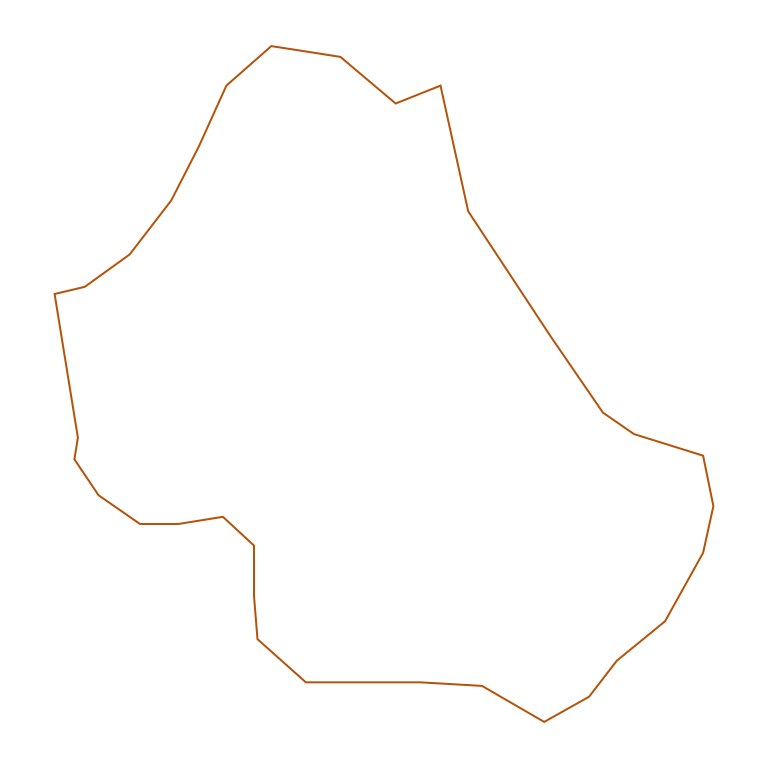 Dongducheon-si, Gyeonggi, South Korea
{"feature_id": "91817680B11345954741605", "entity_name": "Dongducheon-si", "entity_type": "district", "adm_level": 2, "iso_a3": "KOR", "parent_name": "South Korea", "parent_adm1": "Gyeonggi", "projection": "equal_earth", "projection_center": [127.075, 37.911], "detail": "fine", "context": "isolated", "style": "outline", "palette": "amber", "viewbox_px": 768, "rotation_deg": 0, "n_neighbors": 0, "source": "geoboundaries", "source_scale": "gbopen_adm2", "svg_char_len": 549}
<svg xmlns="http://www.w3.org/2000/svg" viewBox="0 0 768 768"><path d="M54.6,294.0L77.9,437.7L74.4,459.3L98.6,495.3L140.0,524.0L178.0,524.0L222.9,516.8L254.0,545.6L254.0,596.0L257.5,639.2L305.8,682.3L368.0,682.3L419.8,682.3L482.0,685.9L536.0,717.2L544.2,721.9L589.1,696.7L616.8,660.7L665.1,621.2L703.1,552.8L713.4,506.1L703.1,455.7L634.0,434.1L602.9,412.6L551.1,337.1L468.2,211.3L440.5,85.6L395.6,103.5L340.4,56.9L271.3,46.1L226.4,85.6L198.8,146.6L171.2,200.5L129.7,254.4L84.8,286.8L54.6,294.0Z" fill="none" stroke="#b45309" stroke-width="2"/></svg>